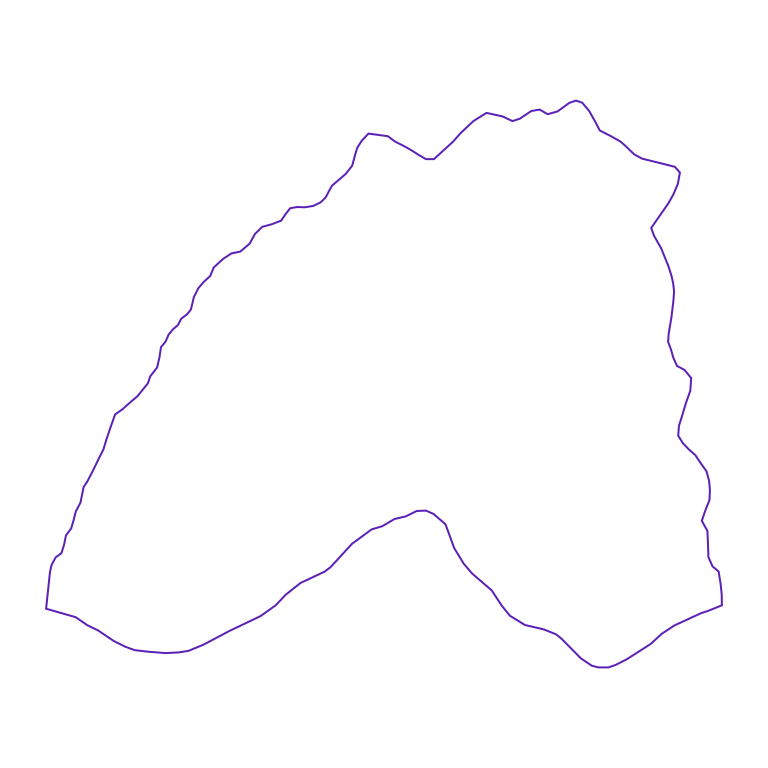 Euclides da Cunha Paulista, São Paulo, Brazil (Albers equal-area conic projection)
{"feature_id": "56859067B14841282589371", "entity_name": "Euclides da Cunha Paulista", "entity_type": "district", "adm_level": 2, "iso_a3": "BRA", "parent_name": "Brazil", "parent_adm1": "São Paulo", "projection": "albers", "projection_center": [-52.588, -22.511], "detail": "fine", "context": "isolated", "style": "outline", "palette": "violet", "viewbox_px": 768, "rotation_deg": 0, "n_neighbors": 0, "source": "geoboundaries", "source_scale": "gbopen_adm2", "svg_char_len": 2340}
<svg xmlns="http://www.w3.org/2000/svg" viewBox="0 0 768 768"><path d="M721.9,605.3L721.7,594.5L720.6,583.7L718.6,571.5L712.6,566.5L708.4,557.1L708.0,543.5L707.4,530.9L701.8,520.8L705.5,510.0L709.5,500.0L709.9,490.0L709.1,480.9L706.5,471.3L700.6,463.0L695.3,455.1L688.8,449.4L682.9,443.2L678.2,435.7L679.0,425.6L682.0,416.2L685.6,404.0L690.3,390.7L691.2,378.1L684.6,370.0L677.0,365.9L673.1,357.2L671.1,349.8L668.1,341.8L668.7,333.6L671.5,316.8L673.4,300.8L674.1,291.3L673.1,283.0L671.4,275.5L668.4,266.1L661.2,248.4L654.2,236.1L651.2,228.0L658.2,217.9L668.5,203.1L673.5,194.2L677.9,183.7L679.9,172.5L674.8,166.8L642.0,158.6L634.1,154.3L626.3,146.7L620.7,141.7L611.0,136.2L599.8,130.5L595.1,121.5L589.2,111.0L582.2,102.7L576.0,100.6L569.2,102.9L557.6,111.4L547.7,114.2L539.7,109.6L531.3,111.0L519.8,118.7L512.5,121.1L502.5,116.4L486.5,112.9L473.5,121.0L460.8,132.9L453.2,141.5L434.0,159.1L425.8,159.1L418.0,154.5L412.0,150.6L404.8,146.5L395.1,141.6L387.8,136.2L368.5,133.6L361.9,140.5L357.3,147.7L355.3,154.2L352.2,165.7L345.6,174.0L332.0,185.7L328.7,191.6L325.7,197.4L320.7,202.3L313.4,205.9L304.7,207.3L297.5,207.0L290.2,208.2L285.5,214.2L281.2,220.6L271.6,224.3L262.3,226.8L255.0,233.9L249.7,243.6L240.3,251.6L231.4,253.4L223.1,258.9L213.8,267.4L210.2,276.0L203.4,282.2L198.3,288.3L193.9,297.0L190.9,309.5L186.9,314.5L181.3,318.6L178.0,325.0L173.1,329.2L168.7,334.4L165.7,341.4L161.0,347.2L159.4,357.7L157.1,367.5L150.2,376.4L147.9,383.3L137.5,396.2L131.2,401.5L122.3,409.4L115.1,414.4L110.0,428.8L106.4,439.6L103.3,449.7L98.4,459.4L94.2,468.1L91.1,474.2L87.2,481.7L83.6,487.1L80.5,502.5L75.8,511.5L73.5,520.6L71.2,528.4L66.0,535.3L64.0,545.0L61.4,553.2L55.7,557.3L51.5,565.2L50.0,571.9L46.1,608.7L75.7,617.2L87.3,625.2L98.2,630.5L113.6,640.9L125.2,646.7L134.8,650.2L147.1,651.6L165.6,653.1L178.6,652.4L188.4,650.9L203.4,644.7L229.7,630.8L260.5,616.1L275.7,605.3L285.6,594.8L300.6,582.9L324.5,571.7L330.5,567.2L352.1,543.7L371.6,529.4L382.3,526.2L394.5,519.0L405.7,516.4L416.7,511.0L426.0,510.6L433.6,514.0L445.5,524.3L454.2,548.1L463.8,563.8L472.2,573.6L491.7,590.4L502.0,606.0L509.9,615.7L524.9,625.0L543.8,629.4L556.0,634.3L561.7,638.9L580.9,658.4L591.8,665.7L598.2,667.4L608.4,667.4L615.7,664.9L626.7,659.3L650.5,644.1L661.9,633.7L674.5,625.4L701.0,613.2L708.6,610.7L721.9,605.3Z" fill="none" stroke="#5b21b6" stroke-width="2"/></svg>